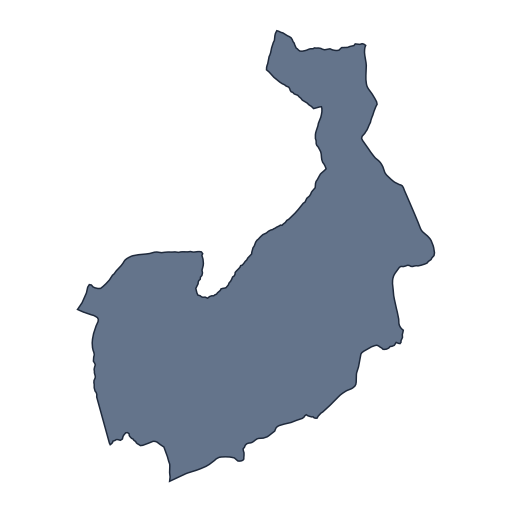 Nambale, Western, Kenya
{"feature_id": "3690345B66685082117491", "entity_name": "Nambale", "entity_type": "district", "adm_level": 2, "iso_a3": "KEN", "parent_name": "Kenya", "parent_adm1": "Western", "projection": "robinson", "projection_center": [34.319, 0.505], "detail": "fine", "context": "isolated", "style": "filled", "palette": "slate", "viewbox_px": 512, "rotation_deg": 0, "n_neighbors": 0, "source": "geoboundaries", "source_scale": "gbopen_adm2", "svg_char_len": 6006}
<svg xmlns="http://www.w3.org/2000/svg" viewBox="0 0 512 512"><path d="M365.7,45.4L363.8,44.1L362.1,43.7L359.8,44.4L355.2,43.9L353.9,45.6L349.8,46.5L347.6,47.4L341.6,47.6L338.9,50.2L336.9,50.5L335.0,50.4L332.5,49.9L330.0,48.8L324.6,49.8L322.4,49.2L320.8,48.4L318.4,48.0L316.2,48.1L314.4,47.9L313.1,48.7L310.2,48.8L308.6,49.3L306.8,50.1L305.1,50.6L302.2,51.2L300.1,51.1L298.6,50.2L297.4,48.9L296.2,48.1L294.7,44.8L294.2,43.1L293.0,41.6L292.3,39.7L291.0,37.7L289.1,36.5L287.5,35.8L282.9,32.9L281.0,32.4L278.8,31.3L276.8,30.7L275.4,33.5L274.9,35.7L274.4,40.4L273.3,42.6L271.6,47.9L270.6,52.8L269.9,54.9L269.1,56.6L267.7,63.8L267.1,65.3L266.6,67.4L266.5,69.8L269.1,72.0L274.0,77.4L279.8,82.1L282.2,83.7L284.6,84.8L286.0,86.0L288.7,87.1L289.6,88.5L290.3,90.5L291.2,91.8L292.8,92.4L294.2,93.9L297.8,95.3L299.1,96.8L300.8,98.2L302.3,100.1L307.1,103.0L308.9,104.8L311.4,106.4L313.6,108.6L319.7,106.9L321.4,106.7L321.9,108.6L321.9,111.7L321.4,114.7L320.8,117.2L318.4,123.3L317.9,125.9L316.4,130.4L315.7,132.7L315.4,134.7L315.4,138.5L316.1,140.7L316.2,143.8L316.8,145.4L318.2,147.0L319.6,149.6L320.7,151.8L321.2,154.0L321.5,157.5L321.8,159.7L322.7,162.3L324.2,164.4L325.2,166.4L326.1,168.8L324.5,170.4L321.4,173.1L320.4,174.1L319.3,176.0L317.3,179.7L316.1,181.4L315.5,183.5L315.2,187.7L312.5,190.8L311.4,192.3L310.7,194.1L309.5,196.0L306.8,198.3L305.0,202.1L303.2,203.3L298.6,209.1L295.0,213.2L288.7,219.3L286.8,220.4L285.3,222.5L283.3,224.0L282.0,225.3L280.5,225.1L278.5,226.3L276.5,227.2L275.3,228.1L273.9,228.7L272.7,229.5L270.6,230.1L268.5,231.2L266.4,233.0L262.9,234.6L261.1,236.2L259.7,237.6L258.5,239.0L257.0,240.2L255.7,242.1L254.2,246.1L253.0,247.8L251.8,252.2L251.6,254.0L247.7,258.1L246.8,259.9L245.2,261.4L243.8,263.4L242.3,265.1L240.7,265.6L239.8,267.5L236.4,271.0L235.2,272.4L235.0,274.3L234.2,275.9L232.6,277.0L231.7,279.2L230.7,281.1L229.1,282.9L228.3,285.0L226.0,287.7L224.6,288.1L222.7,288.4L221.0,288.9L220.3,290.4L217.5,292.8L216.5,294.2L214.9,294.8L213.7,295.8L211.7,295.8L209.5,296.6L207.6,298.2L205.1,297.1L202.8,297.3L201.3,296.7L200.1,295.7L197.9,295.1L196.9,292.9L195.8,288.4L198.1,283.8L198.2,282.1L198.8,280.6L200.2,279.3L200.5,277.0L201.9,275.5L202.5,272.9L202.0,270.2L203.2,265.5L203.4,263.4L203.0,259.2L201.9,255.4L202.7,253.7L201.4,251.9L199.7,251.6L197.9,251.6L194.7,252.0L193.2,252.1L190.3,251.5L187.9,251.9L182.7,251.8L180.8,251.9L178.6,252.4L175.0,251.9L171.9,252.1L168.2,252.0L164.4,252.3L161.6,252.7L156.8,252.0L154.4,252.2L149.7,253.5L146.1,254.0L138.5,254.7L133.0,255.7L131.4,256.2L128.9,257.4L127.0,258.5L125.2,259.9L124.2,261.2L123.0,263.2L121.2,265.6L116.3,270.8L114.1,273.9L112.5,275.2L109.4,280.0L106.0,283.7L103.0,286.5L100.6,288.4L97.9,288.5L94.9,287.8L93.0,286.9L91.4,285.0L89.3,284.6L87.7,287.2L86.4,293.0L82.1,302.7L77.5,309.5L83.5,312.1L91.3,314.8L93.6,315.4L95.5,316.4L97.4,317.6L98.3,319.3L98.1,321.5L96.1,325.9L93.6,333.5L92.5,339.2L92.2,342.9L92.5,347.6L93.1,350.3L93.9,352.5L94.3,354.8L93.7,357.1L93.4,361.2L94.6,363.1L95.3,364.9L94.6,367.0L94.1,369.3L94.4,371.3L94.4,372.9L95.3,376.2L95.2,377.9L94.0,380.6L93.9,382.8L94.2,384.3L94.2,387.8L95.1,391.1L96.2,392.5L96.8,394.5L96.7,397.0L109.4,443.1L110.2,444.7L111.5,443.7L112.5,442.6L113.0,441.1L114.9,440.5L116.2,439.6L117.9,439.6L120.4,440.3L122.4,439.0L123.0,436.5L123.8,435.1L125.7,432.8L127.5,432.6L129.1,433.8L129.3,435.7L130.3,437.0L131.5,438.3L133.0,439.0L133.9,440.3L135.6,441.5L136.4,442.9L137.5,443.8L139.1,444.7L140.4,445.6L142.8,445.3L149.0,443.0L153.1,441.3L155.1,441.4L156.9,442.0L160.3,444.6L163.9,447.0L167.4,456.6L168.7,461.3L169.7,464.1L169.8,466.1L169.6,472.6L170.1,477.0L169.6,481.3L185.8,473.7L187.6,473.0L197.1,470.0L200.8,468.6L205.9,466.4L209.3,464.4L214.7,460.3L215.8,459.2L217.2,458.3L219.3,457.3L221.3,457.0L225.4,456.8L229.8,457.0L232.0,457.4L234.3,457.9L237.9,461.0L239.7,461.1L241.2,460.9L242.8,460.3L243.8,459.1L243.8,457.5L244.0,455.3L244.0,452.8L243.4,450.9L243.1,448.9L244.5,447.2L245.2,445.3L246.7,443.8L248.6,443.1L250.4,442.9L251.8,442.5L253.5,441.5L255.5,439.9L257.2,438.8L258.7,438.4L263.3,438.1L267.2,436.8L268.7,435.8L274.7,431.1L275.9,428.1L277.3,426.6L279.1,425.6L284.1,424.1L291.0,422.5L296.6,420.3L302.3,418.4L304.0,417.1L304.8,415.8L306.3,414.7L307.7,415.7L309.4,416.3L311.6,416.9L313.0,416.8L314.2,417.9L315.6,418.2L317.0,418.2L318.2,416.1L321.1,413.0L322.7,412.0L327.5,407.6L329.7,405.6L338.0,397.2L340.4,394.9L342.5,393.3L345.4,391.4L347.0,390.5L351.5,388.7L352.9,387.8L354.8,386.2L355.8,384.4L356.2,382.1L356.4,374.5L356.6,372.9L358.5,366.9L360.9,354.1L361.9,352.6L363.8,351.2L371.5,346.8L374.8,345.6L376.8,345.2L378.5,345.9L380.1,347.1L381.7,348.0L383.0,349.3L384.5,349.4L386.6,349.1L388.8,348.0L390.1,346.5L392.0,346.3L394.3,345.3L396.2,342.4L398.3,343.3L400.0,343.6L401.0,342.3L401.0,340.7L402.5,337.4L402.3,334.6L402.9,332.3L403.3,330.2L401.9,329.1L400.5,327.5L399.4,325.4L398.9,323.4L398.7,319.1L397.2,311.7L396.4,308.5L394.4,299.4L393.7,295.7L393.2,290.1L392.5,283.6L392.6,280.1L392.9,278.3L393.7,275.7L394.9,273.5L399.4,267.3L401.0,266.4L403.3,266.6L405.6,266.0L407.3,265.3L409.1,265.4L411.0,266.4L412.7,266.5L414.4,266.0L416.3,265.7L418.0,265.9L421.2,265.2L424.9,264.0L427.0,263.1L428.4,261.4L431.0,259.6L431.9,257.9L434.0,255.6L434.5,252.8L433.7,247.8L433.2,245.8L431.2,240.7L430.1,238.9L428.9,237.5L427.4,235.9L425.6,234.4L422.4,231.6L421.1,229.8L420.3,228.1L418.0,222.2L414.5,213.8L406.9,196.1L404.4,190.4L403.4,187.7L402.3,185.9L400.9,185.0L399.4,184.6L394.6,182.2L392.9,180.9L390.9,179.2L386.7,175.2L385.7,173.9L384.8,172.5L382.9,166.9L381.7,164.6L380.3,162.5L378.6,160.7L375.3,158.0L373.8,156.2L370.6,152.0L368.6,149.0L362.6,140.5L361.6,138.4L362.1,136.3L364.8,133.3L365.8,131.6L366.9,130.1L367.7,128.4L369.3,124.6L370.4,122.5L371.0,119.9L371.9,117.3L372.8,115.1L374.0,111.3L375.9,106.5L377.1,104.3L376.6,101.8L374.8,98.4L372.2,94.1L368.5,89.0L367.5,87.3L366.8,85.6L366.4,83.8L365.9,79.6L365.9,75.4L366.2,68.1L366.3,65.5L366.0,62.5L364.8,55.4L364.5,52.4L364.6,49.7L364.9,47.5L365.7,45.4Z" fill="#64748b" stroke="#1e293b" stroke-width="1.5"/></svg>